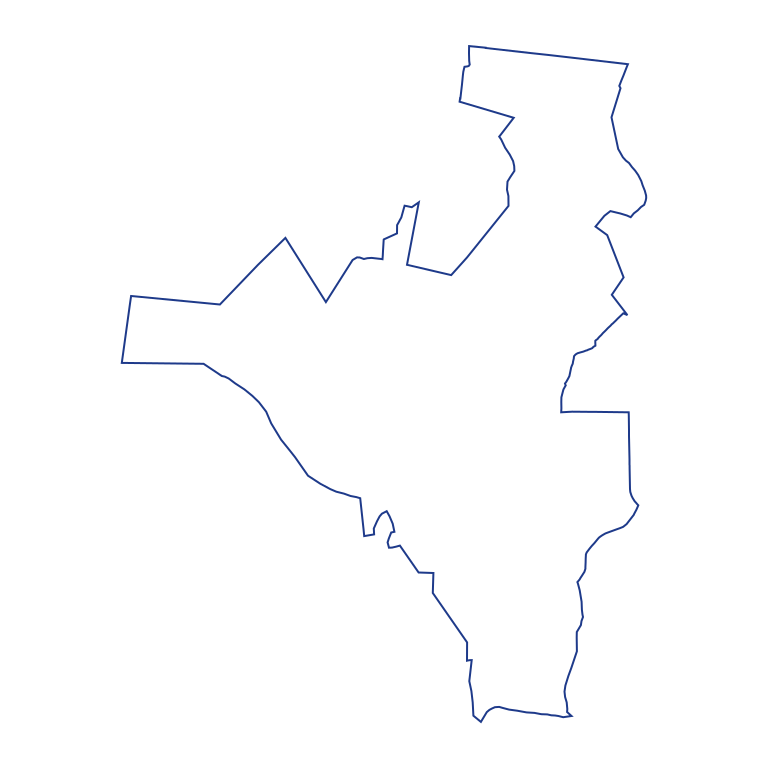 outline of Reyes Etla, Oaxaca, Mexico
{"feature_id": "50627088B16389783257433", "entity_name": "Reyes Etla", "entity_type": "district", "adm_level": 2, "iso_a3": "MEX", "parent_name": "Mexico", "parent_adm1": "Oaxaca", "projection": "albers", "projection_center": [-96.814, 17.21], "detail": "fine", "context": "isolated", "style": "outline", "palette": "blue", "viewbox_px": 768, "rotation_deg": 0, "n_neighbors": 0, "source": "geoboundaries", "source_scale": "gbopen_adm2", "svg_char_len": 4120}
<svg xmlns="http://www.w3.org/2000/svg" viewBox="0 0 768 768"><path d="M571.5,716.0L567.1,712.0L567.3,709.0L566.7,702.4L565.1,697.0L564.5,691.6L565.4,685.5L568.4,675.9L571.3,668.0L576.9,651.3L576.8,644.2L576.7,637.5L576.8,632.0L580.9,625.1L581.5,621.0L583.0,617.0L582.5,614.7L581.9,609.8L581.6,601.8L579.7,590.3L577.9,583.5L577.4,582.1L579.6,579.5L580.5,577.9L581.9,575.8L583.1,573.9L584.4,571.9L585.4,568.8L585.4,567.3L585.6,562.7L585.7,558.6L585.9,555.0L585.9,554.4L586.7,552.4L587.7,551.1L589.5,548.7L591.8,545.9L592.0,545.7L594.4,543.1L597.2,539.7L598.1,538.6L599.0,537.6L600.3,536.6L602.2,535.3L605.3,533.5L606.3,533.1L610.1,531.7L616.7,529.3L619.8,528.2L622.3,527.2L623.2,526.8L626.6,524.1L628.3,521.9L633.8,514.8L634.1,514.0L636.4,509.7L637.5,507.2L638.3,505.3L636.9,503.8L636.1,502.8L634.7,501.3L632.7,498.1L631.5,495.7L630.3,492.0L630.0,489.1L629.8,478.8L629.6,468.1L629.6,465.7L629.5,464.6L629.5,463.0L629.5,461.4L629.5,460.3L629.5,459.4L629.2,445.4L629.0,436.0L629.0,430.2L628.8,415.9L628.7,412.3L597.2,411.9L594.3,411.9L572.9,411.7L572.2,411.7L568.2,411.9L561.2,412.3L561.4,408.4L561.3,401.9L561.4,397.3L563.3,389.9L563.8,388.7L564.3,387.9L565.4,385.9L565.7,385.5L565.3,384.3L565.0,383.5L566.3,381.8L568.1,378.6L569.4,376.1L570.9,368.8L571.0,368.4L571.1,367.6L571.5,366.7L571.7,366.0L572.7,363.8L572.9,362.8L573.0,361.8L573.2,361.0L573.8,358.4L573.9,357.2L574.1,356.1L574.9,355.2L575.7,354.4L576.3,354.0L576.8,353.7L577.7,353.2L578.4,353.0L579.4,352.7L580.4,352.4L581.5,352.1L583.0,351.7L583.9,351.4L585.6,350.7L587.4,350.2L588.2,349.7L589.1,349.4L590.2,349.0L591.2,348.6L592.3,348.1L592.9,347.4L593.5,346.8L594.2,346.4L595.4,345.7L595.4,345.1L595.3,342.6L595.3,340.8L595.9,340.2L597.6,339.0L598.3,338.0L599.6,336.6L601.2,335.1L603.0,333.0L604.6,331.5L606.3,329.8L607.3,328.7L608.3,327.7L609.2,326.9L610.4,325.8L611.5,324.6L611.6,324.4L612.9,323.4L614.0,322.3L615.7,320.7L617.7,318.6L619.4,317.0L623.3,313.3L627.4,315.1L611.8,294.8L623.6,277.4L607.2,235.1L600.6,230.3L595.5,226.6L604.4,215.8L610.4,211.1L616.6,212.6L620.4,213.5L626.9,215.5L630.7,217.2L631.7,216.0L633.8,213.4L637.7,210.4L641.0,207.0L644.2,204.8L645.7,200.6L646.2,198.0L646.1,195.5L644.8,190.7L642.6,185.2L641.3,181.1L638.2,175.0L635.1,170.6L632.0,167.1L629.0,163.0L625.9,160.6L622.9,157.3L618.2,149.0L611.5,117.3L620.5,88.2L619.3,85.9L621.5,80.2L623.5,75.4L623.6,75.1L624.8,72.0L626.7,67.1L627.9,64.2L571.3,57.6L548.7,55.0L531.0,53.1L485.7,48.0L485.7,47.7L469.1,46.1L469.0,52.5L469.0,53.6L469.2,60.9L469.7,64.6L468.7,66.0L467.4,66.4L464.5,66.8L464.1,68.3L463.3,71.8L462.9,75.2L462.0,84.4L460.4,98.3L460.1,98.2L459.6,101.7L513.7,117.8L505.1,129.0L504.1,130.3L503.1,131.6L500.1,135.5L499.2,136.6L501.2,139.5L505.1,147.7L509.8,154.7L513.1,161.1L514.2,166.1L514.4,170.9L510.2,177.2L507.5,181.6L507.0,189.7L508.4,196.0L508.5,205.9L467.0,257.5L451.2,275.1L435.7,271.5L407.0,264.8L418.8,202.3L416.1,204.2L411.8,207.2L407.2,206.2L404.6,205.7L403.6,209.2L401.3,217.5L399.9,220.0L398.8,222.1L397.1,225.1L397.0,233.4L383.8,239.4L383.7,239.6L383.0,251.1L382.8,255.2L382.5,259.2L381.4,259.0L371.6,257.9L367.3,258.2L363.9,259.0L359.7,257.5L357.0,257.4L352.6,260.0L325.9,302.1L285.4,237.9L258.0,264.8L219.9,304.5L134.4,296.3L131.1,296.0L130.0,303.6L121.8,362.9L203.6,363.8L221.8,376.0L224.7,376.6L228.7,378.5L235.2,383.4L244.4,389.4L252.5,396.0L258.9,402.2L266.2,411.7L271.2,423.4L281.1,439.7L289.7,450.4L295.0,457.1L308.0,475.7L320.4,483.8L330.3,489.1L336.3,491.7L343.9,493.6L350.6,496.0L356.4,497.1L358.4,497.7L360.2,498.2L363.6,529.8L364.2,536.1L374.1,534.4L373.8,528.5L377.0,521.3L379.6,516.4L381.9,513.7L386.7,511.2L389.5,516.2L392.7,523.7L394.4,531.8L391.2,532.5L388.8,538.6L387.6,542.4L389.0,547.7L392.0,547.6L396.3,546.6L399.9,545.6L418.6,572.5L433.4,573.0L432.8,593.0L467.1,642.4L467.0,660.7L469.3,660.2L471.7,660.1L469.3,681.2L471.4,691.1L472.7,702.4L473.4,715.7L480.9,721.9L483.3,717.9L486.8,712.1L489.4,709.9L491.8,708.6L494.9,707.2L499.2,706.9L502.6,707.9L509.1,709.6L517.2,710.7L526.5,712.4L534.5,712.9L541.3,714.2L547.3,714.4L551.3,715.3L555.1,715.5L558.4,716.0L563.2,717.2L571.5,716.0Z" fill="none" stroke="#1e3a8a" stroke-width="2"/></svg>